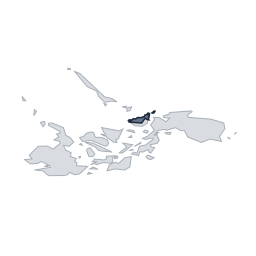 location of Mindoro Occidental within Philippines, rotated 95°
{"feature_id": "PHL-2570", "entity_name": "Mindoro Occidental", "entity_type": "Province", "adm_level": 1, "iso_a3": "PHL", "parent_name": "Philippines", "parent_adm1": "", "projection": "equal_earth", "projection_center": [120.676, 13.012], "detail": "fine", "context": "in_parent", "style": "filled", "palette": "slate", "viewbox_px": 256, "rotation_deg": 95, "n_neighbors": 0, "source": "natural_earth", "source_scale": "10m", "svg_char_len": 5586}
<svg xmlns="http://www.w3.org/2000/svg" viewBox="0 0 256 256"><g transform="rotate(95 128 128)"><path d="M120.2,31.4L128.5,36.1L133.2,33.7L131.9,45.5L136.0,53.6L131.8,67.7L125.8,71.5L125.9,75.4L123.5,80.6L126.9,89.4L126.2,91.8L127.8,98.0L132.7,101.6L132.6,98.3L137.4,95.8L140.8,97.7L142.7,104.3L144.9,103.0L145.2,99.6L150.7,103.0L150.6,104.7L147.8,105.9L150.8,111.6L150.4,114.0L154.5,115.1L153.6,122.2L151.5,120.3L152.3,116.9L145.1,115.0L143.4,109.0L137.0,101.9L135.6,102.3L137.9,109.7L137.1,112.7L134.6,107.8L127.9,101.5L123.0,105.8L117.4,102.3L115.1,103.5L114.9,97.7L118.5,90.8L114.5,87.3L114.6,93.3L112.9,93.7L110.8,88.6L108.9,87.7L105.5,66.6L106.1,65.6L109.8,69.7L112.1,68.8L112.0,45.9L114.7,33.0L120.2,31.4ZM169.7,164.8L177.9,172.1L179.2,177.1L177.3,182.5L179.9,184.2L181.0,188.5L182.4,203.0L178.0,209.1L178.0,217.4L173.9,201.7L172.3,202.8L168.9,211.5L171.2,215.0L172.2,222.4L168.5,228.2L167.2,221.0L163.8,224.0L154.1,215.9L153.0,206.9L155.5,200.8L149.4,194.3L147.4,194.5L146.3,200.6L142.9,196.1L140.1,198.7L139.5,195.8L137.5,195.2L132.1,207.6L130.1,207.3L129.7,203.8L133.3,192.4L140.8,189.2L142.4,185.0L146.7,180.8L151.4,185.0L150.9,190.8L155.4,188.1L157.7,182.4L161.4,183.0L162.9,176.8L166.0,178.3L166.8,175.9L170.1,176.1L169.7,164.8ZM145.4,172.2L141.7,175.4L140.3,171.5L136.8,169.0L135.0,163.8L135.8,161.7L140.1,159.8L139.7,153.5L141.5,147.7L144.6,146.0L147.5,147.1L148.1,149.3L143.6,163.2L145.4,172.2ZM166.8,122.8L170.2,127.9L169.8,136.9L172.6,145.2L166.9,143.7L164.6,140.8L163.3,137.5L164.2,134.3L157.9,128.5L156.2,122.2L166.8,122.8ZM129.5,133.0L139.9,136.9L140.5,139.2L143.5,137.8L143.1,141.6L139.1,148.6L129.9,154.4L131.6,136.2L129.5,133.0ZM90.2,172.4L76.4,186.0L77.9,180.7L99.1,153.9L100.1,146.3L102.9,141.2L102.6,146.6L104.4,153.5L98.8,160.2L94.1,162.4L90.2,172.4ZM112.4,107.8L121.4,109.1L125.0,113.7L125.2,121.1L121.8,127.5L118.3,123.0L115.3,113.1L111.7,109.4L112.4,107.8ZM159.5,140.7L163.5,140.3L164.6,142.7L164.4,149.2L167.4,156.4L165.9,158.2L164.2,155.5L164.6,160.6L161.9,158.6L161.9,149.3L160.5,146.5L158.0,147.1L156.7,137.8L159.5,140.7ZM146.0,169.5L146.1,161.6L153.4,141.8L153.1,155.0L149.7,159.2L146.0,169.5ZM159.8,164.4L154.5,167.2L152.3,166.8L151.0,163.9L156.8,158.7L159.6,160.7L159.8,164.4ZM144.3,121.9L153.4,131.3L153.5,134.5L147.0,127.5L143.5,131.9L144.3,121.9ZM156.8,106.1L154.8,107.6L153.3,105.6L155.3,99.4L157.5,102.5L156.8,106.1ZM134.2,212.9L130.1,215.7L128.6,211.9L131.2,210.8L134.2,212.9ZM106.6,126.2L110.5,127.4L111.5,130.6L108.0,130.6L106.6,126.2ZM129.4,107.5L131.7,108.6L130.4,112.5L128.5,110.7L129.4,107.5ZM119.6,220.6L123.9,223.0L117.8,222.8L119.6,220.6ZM172.1,162.4L169.9,159.3L171.8,154.4L171.6,157.4L172.1,162.4ZM132.0,120.9L130.6,129.2L129.6,125.8L130.4,121.7L132.0,120.9ZM109.7,232.3L110.0,234.8L105.8,236.3L109.7,232.3ZM130.7,85.4L130.6,89.1L129.6,90.7L128.5,84.9L130.7,85.4ZM138.4,149.9L136.5,154.7L136.5,151.9L138.4,149.9ZM108.3,132.0L107.3,135.5L106.4,131.5L108.3,132.0ZM159.8,138.5L158.4,138.6L157.0,135.8L158.7,135.5L159.8,138.5ZM137.2,123.3L137.2,126.5L135.2,123.9L137.2,123.3ZM177.6,164.2L175.6,163.6L176.5,160.2L177.6,164.2ZM142.1,113.9L145.8,120.2L141.2,114.0L142.1,113.9ZM108.0,152.5L105.6,154.2L106.2,151.4L108.0,152.5ZM149.2,172.1L148.7,174.8L147.4,173.4L149.2,172.1ZM149.6,121.5L150.4,125.2L148.6,120.6L149.6,121.5ZM74.8,193.3L73.6,193.2L73.8,190.8L74.8,190.5L74.8,193.3ZM162.2,174.2L160.6,174.3L160.5,172.9L161.4,172.6L162.2,174.2ZM173.4,207.4L172.3,205.7L172.6,204.0L173.4,204.8L173.4,207.4ZM110.3,103.3L111.0,105.3L109.1,102.9L110.3,103.3ZM166.9,159.4L167.6,162.1L165.8,158.8L166.9,159.4ZM130.1,26.3L128.3,28.0L129.6,25.5L130.1,26.3ZM132.3,99.8L129.9,98.2L129.9,97.1L132.3,99.8ZM123.4,19.7L125.0,21.6L123.3,20.3L123.4,19.7Z" fill="#d9dde1" stroke="#a8b0b8" stroke-width="1"/><path d="M122.0,127.4L121.9,127.5L121.5,127.2L121.4,127.1L120.7,127.1L120.3,126.6L120.2,126.2L120.3,125.8L120.4,126.0L120.5,126.2L120.8,126.1L120.7,126.0L120.5,125.8L120.2,125.5L120.2,125.9L120.0,125.7L119.7,125.5L119.5,125.2L119.4,124.9L119.1,124.5L119.0,124.4L118.5,123.3L118.3,123.2L118.2,123.0L118.3,122.7L118.4,122.0L118.4,121.7L118.3,121.4L118.2,121.2L117.9,120.7L117.7,120.2L117.5,119.9L117.3,119.8L117.1,119.8L116.9,119.7L116.8,119.4L116.8,119.2L116.8,118.9L116.7,118.6L116.5,118.2L116.7,117.9L116.7,117.6L116.7,116.9L116.6,116.4L116.5,115.6L116.3,115.1L115.8,114.3L115.4,113.3L115.2,112.9L114.6,112.6L114.4,112.3L114.2,112.2L113.8,112.2L113.7,112.2L113.8,111.9L113.5,111.5L113.3,111.1L113.2,110.6L113.1,109.5L113.0,109.3L112.9,109.2L112.6,109.3L112.4,109.4L112.4,109.5L112.1,109.9L111.9,109.9L111.6,109.6L111.5,109.4L111.4,109.2L111.4,108.9L111.4,108.6L111.6,108.3L111.7,108.0L111.9,107.8L112.2,107.7L112.5,107.7L113.2,107.9L113.9,108.0L114.1,107.9L114.3,107.9L114.5,108.1L114.8,108.1L115.3,108.1L115.5,108.2L115.7,108.4L115.9,108.2L116.0,108.3L116.2,108.6L116.4,108.6L116.6,108.5L116.9,108.4L117.9,108.1L118.0,108.0L118.0,108.9L118.0,109.3L118.0,109.6L116.7,111.8L121.4,114.5L121.8,114.8L121.9,115.2L122.0,127.4ZM110.9,104.9L111.0,105.0L111.0,105.4L110.9,105.5L110.8,105.3L110.8,105.2L110.7,105.0L110.6,104.9L110.4,104.9L110.3,104.7L110.2,104.5L110.1,104.4L109.9,104.3L109.7,104.3L109.5,104.1L109.2,103.9L109.0,103.6L108.9,103.3L108.8,102.9L108.9,102.6L109.0,102.6L109.3,102.6L109.5,102.8L109.8,103.0L110.0,103.1L110.4,103.3L110.6,103.5L111.0,104.3L110.9,104.4L110.8,104.6L110.9,104.9ZM120.5,127.8L120.6,128.1L120.6,128.3L120.4,128.3L120.3,128.2L120.2,128.1L120.1,127.8L120.0,127.6L119.8,127.4L119.6,127.0L119.8,126.6L120.2,126.7L120.3,127.1L120.4,127.6L120.5,127.8L120.5,127.8Z" fill="#64748b" stroke="#1e293b" stroke-width="1.5"/></g></svg>